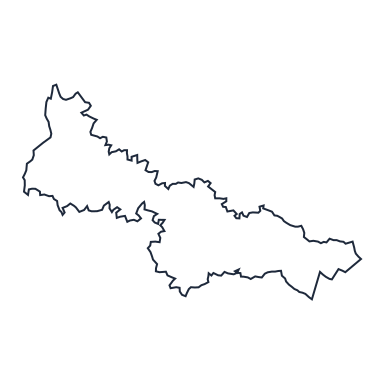 São Pedro do Iguaçu, Paraná, Brazil (Mercator projection)
{"feature_id": "56859067B95101539762084", "entity_name": "São Pedro do Iguaçu", "entity_type": "district", "adm_level": 2, "iso_a3": "BRA", "parent_name": "Brazil", "parent_adm1": "Paraná", "projection": "mercator", "projection_center": [-53.891, -24.887], "detail": "fine", "context": "isolated", "style": "outline", "palette": "slate", "viewbox_px": 384, "rotation_deg": 0, "n_neighbors": 0, "source": "geoboundaries", "source_scale": "gbopen_adm2", "svg_char_len": 3867}
<svg xmlns="http://www.w3.org/2000/svg" viewBox="0 0 384 384"><path d="M311.9,299.3L320.0,271.9L322.8,274.5L325.8,276.8L329.5,278.9L331.9,279.4L338.5,269.1L342.4,270.7L345.3,272.2L361.0,259.0L358.4,256.6L355.8,253.6L354.8,250.8L354.2,247.6L352.6,241.6L348.3,242.9L345.6,243.7L343.5,241.8L340.0,241.4L336.6,240.1L333.4,240.1L329.6,238.7L326.5,242.4L323.7,241.9L320.9,243.2L318.0,241.6L313.3,240.8L309.4,241.4L306.6,239.1L303.9,237.0L304.3,232.9L303.1,229.3L301.3,225.8L297.8,226.7L295.3,226.7L290.2,225.1L286.2,222.7L283.9,221.1L282.1,218.5L279.9,217.2L277.3,215.8L274.4,215.4L272.0,211.7L268.6,210.4L263.2,208.4L263.6,205.5L259.5,206.7L260.3,210.8L258.4,212.7L252.8,212.4L249.3,213.0L247.0,217.0L243.5,215.7L242.0,212.4L239.7,214.0L239.4,218.4L236.3,218.2L234.5,215.8L236.7,214.0L233.4,210.4L227.4,211.5L225.8,207.0L223.1,206.8L221.8,204.1L226.3,201.3L226.3,198.3L223.5,198.9L219.5,198.3L215.2,198.3L214.6,195.2L215.2,192.0L208.1,186.5L210.6,183.1L207.9,180.9L204.4,182.4L201.8,179.8L198.3,178.4L194.7,179.5L194.3,183.6L193.6,186.9L188.9,183.1L186.0,182.1L181.4,183.0L178.1,182.5L175.8,183.9L172.6,183.9L169.8,185.7L168.3,189.0L164.9,185.9L165.0,183.0L162.1,183.3L158.4,185.3L155.5,183.8L154.5,180.9L156.2,177.5L157.7,171.2L154.7,171.0L151.7,172.1L148.5,172.0L145.5,170.2L146.8,166.4L148.2,162.3L145.2,160.0L141.4,161.3L137.5,162.9L137.3,159.6L137.2,155.0L131.6,156.8L131.6,160.6L127.5,159.5L127.5,156.4L126.9,153.2L127.0,150.2L124.1,150.2L121.7,151.5L119.1,149.3L115.9,151.3L111.6,152.2L109.3,154.4L108.7,151.6L109.3,148.3L111.2,145.3L108.5,144.7L105.4,145.1L106.9,141.5L106.3,137.5L102.8,136.8L100.1,138.2L97.4,136.5L91.2,134.8L90.4,131.9L92.1,127.9L93.6,123.4L96.7,119.8L93.7,118.6L89.2,116.4L86.5,114.6L83.8,115.5L81.4,112.7L88.0,109.7L90.8,105.8L89.0,102.8L85.1,102.2L77.8,92.3L75.6,93.7L73.1,97.1L70.4,98.3L66.0,99.8L63.1,99.0L60.6,96.8L59.2,93.4L56.3,84.7L53.0,86.0L52.1,92.4L50.8,98.7L48.3,97.7L46.4,102.0L45.7,108.5L45.2,115.2L46.7,118.6L48.6,121.9L49.2,126.2L50.4,129.9L51.3,133.7L50.5,137.4L43.2,142.7L33.5,150.5L33.8,155.2L32.3,159.6L30.3,161.3L26.9,163.7L26.3,170.3L24.9,173.7L23.0,177.4L24.7,180.2L24.8,185.4L24.0,191.7L28.0,194.9L28.9,189.4L32.1,188.7L35.4,188.8L39.9,191.6L40.2,195.1L44.3,194.5L49.1,196.2L52.5,195.9L53.9,199.0L57.1,201.0L57.6,205.1L59.6,210.3L61.5,212.1L62.6,214.9L64.6,212.5L62.6,207.9L67.1,206.1L70.3,203.5L74.0,205.8L75.9,207.4L79.3,211.9L84.1,210.0L87.1,206.1L88.7,210.4L91.7,211.3L97.1,211.2L102.1,209.8L103.9,205.6L108.7,202.0L109.7,204.8L109.5,208.3L111.9,212.1L113.4,209.8L117.1,207.2L120.3,209.4L116.2,212.7L116.8,217.9L120.2,216.7L125.0,215.9L127.3,221.8L130.0,220.5L133.9,219.8L137.4,221.3L141.0,218.4L138.7,215.5L136.2,213.5L138.2,208.2L142.1,203.5L144.1,201.9L144.8,205.1L144.5,209.4L147.6,210.3L152.0,211.4L157.2,213.9L153.9,216.1L152.6,220.2L154.7,222.5L158.1,223.9L158.8,219.8L164.5,219.9L162.7,222.7L160.3,225.3L162.2,227.2L164.4,231.1L161.1,231.7L158.4,233.8L160.3,237.9L159.6,242.2L155.3,241.6L150.8,241.9L150.2,245.6L147.8,248.2L150.5,252.1L152.1,256.6L153.0,259.6L157.1,264.1L156.0,268.2L155.9,271.3L159.5,272.2L165.9,271.7L167.5,275.4L172.1,277.4L175.1,278.6L172.9,280.7L171.1,283.2L169.5,285.3L170.6,288.2L176.2,287.2L179.6,287.8L179.8,291.5L182.0,294.8L185.6,296.2L186.8,293.2L188.8,289.1L190.9,287.2L194.9,287.5L198.6,287.3L201.4,285.2L204.6,284.1L208.4,282.1L207.7,279.2L208.4,276.2L208.7,273.3L211.4,275.5L213.4,273.0L218.1,275.3L221.2,275.6L224.5,271.9L228.0,273.4L233.7,274.3L237.2,272.8L240.4,273.1L241.0,276.6L243.7,276.7L247.8,277.4L250.7,279.0L255.2,276.4L258.8,277.1L261.8,277.5L264.8,273.7L267.7,272.3L271.8,271.6L275.1,271.6L278.3,271.0L281.0,270.8L281.9,275.7L285.1,278.5L286.1,281.5L288.9,284.6L291.8,286.8L294.4,289.0L297.4,290.3L299.3,292.0L302.5,292.7L305.4,293.9L309.0,297.2L311.9,299.3ZM237.2,272.8L235.0,271.2L238.7,269.5L237.2,272.8Z" fill="none" stroke="#1e293b" stroke-width="2"/></svg>